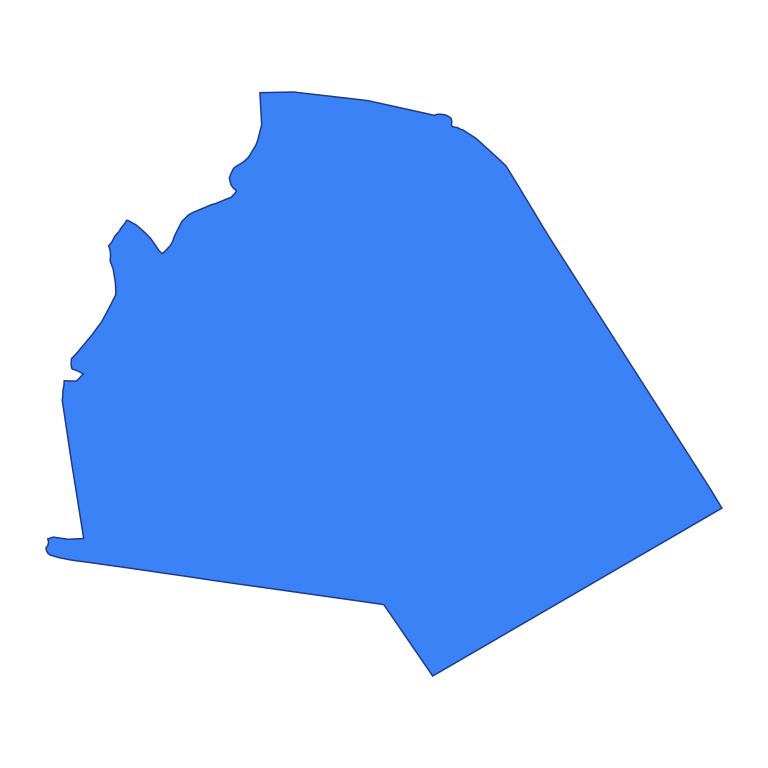 Tadmor, Homs (Hims), Syria (Natural Earth projection)
{"feature_id": "27442178B76261641700856", "entity_name": "Tadmor", "entity_type": "district", "adm_level": 2, "iso_a3": "SYR", "parent_name": "Syria", "parent_adm1": "Homs (Hims)", "projection": "natural_earth1", "projection_center": [39.01, 34.465], "detail": "fine", "context": "isolated", "style": "filled", "palette": "blue", "viewbox_px": 768, "rotation_deg": 0, "n_neighbors": 0, "source": "geoboundaries", "source_scale": "gbopen_adm2", "svg_char_len": 3234}
<svg xmlns="http://www.w3.org/2000/svg" viewBox="0 0 768 768"><path d="M432.6,676.0L442.7,670.2L721.9,508.1L710.3,488.9L578.1,282.3L552.5,242.3L546.3,232.4L543.0,227.0L538.5,219.5L536.1,215.4L531.2,207.4L519.0,187.1L506.0,165.9L500.6,160.8L498.8,159.1L494.2,154.9L490.6,151.6L478.5,140.6L475.9,138.3L462.7,129.8L461.1,129.5L457.8,127.8L457.6,127.7L457.4,127.7L457.1,127.6L456.9,127.5L456.7,127.5L456.6,127.4L456.2,127.4L455.9,127.3L455.7,127.3L455.5,127.2L455.4,127.2L455.1,127.2L454.8,127.1L454.7,127.1L454.4,127.1L454.1,127.1L453.9,127.1L453.7,127.0L453.4,127.0L453.3,126.9L453.2,126.9L452.9,126.8L452.8,126.7L452.6,126.7L452.4,126.5L452.4,126.4L452.2,126.3L452.1,126.2L451.9,126.0L451.9,125.9L451.8,125.7L451.7,125.6L451.6,125.4L451.6,125.2L451.5,124.9L451.5,124.7L451.4,124.7L451.4,124.4L451.4,124.2L451.5,124.0L451.5,123.9L451.5,123.7L451.6,123.4L451.7,123.2L451.7,122.9L451.7,122.7L451.8,122.6L451.8,122.4L451.8,122.2L451.8,121.9L451.8,121.7L451.8,121.3L451.8,121.2L451.7,121.1L451.7,120.9L451.7,120.7L451.6,120.4L451.6,120.2L451.5,119.9L451.4,119.7L451.4,119.4L451.3,119.1L451.2,119.1L451.2,118.9L451.1,118.7L450.9,118.4L450.8,118.2L450.7,118.1L450.6,117.9L450.4,117.7L450.2,117.5L450.0,117.4L449.7,117.2L449.4,117.0L449.2,116.9L448.9,116.7L448.7,116.6L448.2,116.3L447.9,116.1L447.6,116.0L447.5,115.9L447.1,115.8L446.8,115.6L446.4,115.5L446.3,115.4L446.2,115.4L445.9,115.3L445.8,115.2L445.7,115.2L445.4,115.1L445.0,114.9L444.9,114.9L444.7,114.9L444.4,114.8L444.2,114.8L444.2,114.7L443.9,114.7L443.5,114.6L443.3,114.6L443.2,114.6L442.7,114.5L442.3,114.4L442.2,114.4L441.8,114.4L441.7,114.4L441.3,114.3L441.2,114.3L440.7,114.3L440.4,114.3L440.2,114.3L439.7,114.3L439.2,114.3L438.7,114.3L438.1,114.3L437.9,114.3L437.7,114.3L437.1,114.4L436.8,114.4L434.7,115.4L368.2,100.7L356.5,99.3L293.4,92.0L263.9,92.6L259.9,92.7L261.7,124.8L259.8,132.1L257.7,140.4L255.7,145.5L249.0,156.5L248.6,157.3L243.8,161.6L241.4,163.3L236.9,165.9L233.6,168.3L231.3,172.9L229.3,178.0L231.0,185.0L233.9,188.7L236.2,190.1L236.0,191.8L234.1,194.3L232.7,195.6L232.4,195.9L232.0,196.5L231.1,197.3L230.2,197.7L228.1,198.4L216.1,203.4L211.1,204.8L192.8,212.5L188.4,215.0L181.7,221.7L174.5,236.0L172.9,241.0L170.4,245.5L164.6,251.7L162.1,253.6L161.2,252.7L159.3,251.0L151.2,239.2L150.8,238.6L150.6,238.5L147.1,234.8L146.6,234.3L145.3,233.0L141.7,229.7L136.2,225.0L128.0,220.4L126.9,220.3L126.0,221.2L125.0,223.2L120.6,228.7L119.6,231.0L115.5,235.2L114.5,236.9L111.7,242.3L108.6,245.8L109.3,247.8L110.0,250.0L110.6,255.3L110.1,260.7L110.1,260.8L113.2,269.2L113.9,273.3L115.4,282.9L115.8,291.4L115.8,294.7L112.0,302.2L108.3,309.4L106.7,312.4L103.6,318.1L101.6,321.9L97.0,328.0L92.0,334.9L80.8,348.3L77.3,352.6L71.5,358.6L71.1,363.4L71.2,364.9L71.3,366.3L71.7,368.1L72.5,369.2L75.6,370.1L78.8,371.4L83.3,374.2L82.7,374.5L77.8,379.8L75.8,381.1L64.2,380.8L63.9,386.0L62.9,390.2L62.9,396.0L62.2,399.9L71.3,460.7L83.7,538.5L75.9,538.9L68.1,539.3L66.0,539.0L53.3,537.1L47.8,538.9L48.6,542.4L47.5,546.2L46.1,547.6L46.1,549.0L46.5,550.7L47.9,553.3L50.3,555.1L59.2,557.7L71.5,560.1L88.1,562.3L143.1,570.1L163.0,573.0L177.7,575.1L215.1,580.7L238.9,584.1L323.4,596.0L349.6,599.7L383.8,604.6L429.7,671.6L432.6,676.0Z" fill="#3b82f6" stroke="#1e3a8a" stroke-width="1.5"/></svg>